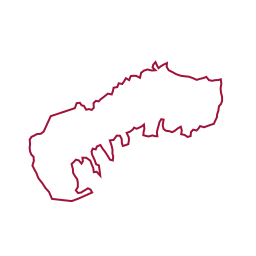 Witmarsum, Santa Catarina, Brazil, rotated 346°
{"feature_id": "56859067B40802108519146", "entity_name": "Witmarsum", "entity_type": "district", "adm_level": 2, "iso_a3": "BRA", "parent_name": "Brazil", "parent_adm1": "Santa Catarina", "projection": "natural_earth1", "projection_center": [-49.836, -26.943], "detail": "fine", "context": "isolated", "style": "outline", "palette": "rose", "viewbox_px": 256, "rotation_deg": 346, "n_neighbors": 0, "source": "geoboundaries", "source_scale": "gbopen_adm2", "svg_char_len": 2417}
<svg xmlns="http://www.w3.org/2000/svg" viewBox="0 0 256 256"><g transform="rotate(346 128 128)"><path d="M229.8,103.2L227.1,103.3L224.4,102.7L221.3,102.6L218.2,101.2L216.3,97.3L213.5,97.8L210.0,97.7L206.3,97.9L203.0,95.3L199.4,92.9L195.7,91.6L192.8,90.5L190.6,89.3L187.6,87.3L185.0,84.8L181.5,81.8L180.3,78.1L181.5,74.4L177.5,75.2L174.7,76.1L172.1,77.3L171.2,74.1L170.6,70.7L167.8,72.7L166.5,75.2L168.6,78.6L165.1,78.0L160.9,75.9L157.4,76.2L154.1,77.6L151.8,82.2L148.5,79.4L145.7,78.6L143.2,78.3L140.7,81.8L138.0,79.2L135.4,81.9L133.0,83.9L129.8,82.4L127.5,85.7L123.8,85.4L122.2,88.7L120.3,91.5L116.8,89.8L112.0,92.0L108.2,93.6L106.0,95.1L103.5,93.9L100.6,95.5L99.7,100.1L97.1,101.7L94.8,100.2L91.8,100.1L90.6,95.9L88.4,94.7L87.4,91.9L84.2,91.5L81.2,95.9L55.9,97.8L45.3,111.1L41.9,112.5L37.9,111.9L34.7,112.8L32.3,113.2L29.8,115.5L29.1,120.0L27.8,123.2L27.3,127.2L27.8,130.5L29.4,133.0L28.7,137.1L26.2,141.3L27.2,145.9L28.2,149.3L28.5,152.2L29.0,155.2L30.3,158.2L31.5,160.7L33.3,166.1L35.9,170.9L37.1,178.4L55.7,185.3L62.9,184.5L77.6,181.9L76.7,178.6L74.5,176.8L71.7,177.8L69.3,178.4L67.0,179.3L63.8,179.0L62.3,175.9L65.0,173.2L66.1,168.8L66.3,165.3L65.0,162.1L63.9,158.4L64.6,154.4L64.5,149.3L67.4,147.7L69.8,146.1L72.4,147.5L74.3,151.3L76.2,149.3L76.6,145.8L80.3,146.8L83.5,150.5L84.0,154.9L84.6,158.4L84.1,162.6L87.0,162.9L89.5,167.5L90.3,161.2L90.7,157.2L88.3,155.5L87.8,150.5L86.8,145.7L86.9,142.1L88.8,139.5L91.5,141.0L93.4,138.4L97.1,137.8L98.5,142.3L99.9,145.3L101.7,150.5L102.9,154.4L105.4,155.8L106.8,151.9L106.7,149.0L107.7,145.4L107.8,141.3L107.4,135.6L111.1,136.1L115.1,132.7L118.3,133.5L119.2,137.2L118.4,141.1L118.6,144.1L121.3,144.1L124.4,143.7L125.9,140.2L126.5,137.3L125.5,132.4L128.7,132.1L132.1,130.8L134.0,129.1L136.1,130.8L138.9,130.4L141.9,129.7L144.3,128.5L143.7,132.7L142.2,135.6L141.1,138.7L143.7,140.1L146.0,141.2L149.9,141.1L152.1,142.4L154.5,143.1L155.0,139.0L156.8,135.6L158.3,133.0L160.0,129.9L162.4,127.5L164.6,128.5L162.3,133.8L162.3,137.6L164.2,139.9L167.4,141.1L169.8,142.7L172.6,142.1L176.2,140.4L179.5,139.5L179.6,143.3L178.1,146.9L181.2,148.4L183.7,151.1L186.8,151.0L188.1,147.2L190.8,145.4L193.9,147.0L196.2,145.6L198.4,143.6L202.1,145.7L206.2,145.2L209.2,144.9L212.3,144.7L215.0,141.3L216.8,139.2L217.8,136.3L219.9,133.0L221.5,128.9L223.9,127.3L225.8,124.7L226.8,120.7L226.8,116.1L227.4,112.0L229.3,107.5L229.8,103.2Z" fill="none" stroke="#9f1239" stroke-width="2"/></g></svg>